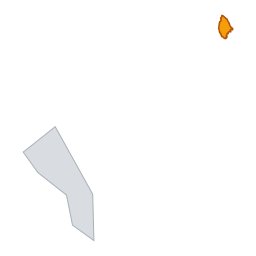 La Digue, La Digue and Inner Islands, Seychelles (highlighted)
{"feature_id": "34574756B18865708954128", "entity_name": "La Digue", "entity_type": "district", "adm_level": 2, "iso_a3": "SYC", "parent_name": "Seychelles", "parent_adm1": "La Digue and Inner Islands", "projection": "robinson", "projection_center": [55.838, -4.36], "detail": "fine", "context": "in_parent", "style": "filled", "palette": "amber", "viewbox_px": 256, "rotation_deg": 0, "n_neighbors": 0, "source": "geoboundaries", "source_scale": "gbopen_adm2", "svg_char_len": 3142}
<svg xmlns="http://www.w3.org/2000/svg" viewBox="0 0 256 256"><path d="M92.7,194.2L93.9,240.6L72.5,225.1L66.5,195.1L38.0,172.7L23.2,152.1L55.2,126.7L92.7,194.2Z" fill="#d9dde1" stroke="#a8b0b8" stroke-width="1"/><path d="M222.8,15.9L222.6,15.7L222.4,15.6L222.2,15.4L221.9,15.4L221.8,15.5L221.8,15.8L221.9,16.0L222.0,16.1L221.9,16.3L221.7,16.5L221.6,16.8L221.4,17.1L221.3,17.3L221.3,17.5L221.2,17.8L220.9,17.9L220.7,17.9L220.6,18.0L220.7,18.4L220.8,18.5L221.0,18.8L221.1,19.0L221.0,19.3L221.0,19.5L221.0,19.8L221.0,20.0L221.0,20.3L220.9,20.3L220.9,20.5L220.8,20.8L220.7,21.1L220.6,21.3L220.4,21.4L220.3,21.5L220.2,21.6L219.9,21.7L219.7,21.7L219.6,22.1L219.6,22.4L219.6,22.7L219.6,22.8L219.3,23.3L219.4,23.5L219.2,24.5L219.2,24.8L219.1,25.0L219.1,25.4L219.0,25.5L219.0,25.8L219.0,26.0L218.9,26.3L218.9,26.6L218.9,26.8L218.9,27.1L218.8,27.3L218.8,27.5L218.7,27.9L218.7,28.2L218.6,28.5L218.7,28.9L218.9,29.3L219.0,29.5L219.2,29.9L219.2,30.0L219.3,30.3L219.4,30.5L219.5,30.7L219.5,30.8L219.6,31.0L219.5,31.3L219.4,31.3L219.3,31.6L219.5,31.8L219.6,32.0L219.7,32.3L219.7,32.5L219.9,32.6L220.0,32.8L220.1,33.0L220.3,33.1L220.5,33.3L220.7,33.6L220.8,33.7L220.8,33.8L220.6,34.0L220.8,34.2L220.8,34.3L220.9,34.5L221.0,34.6L221.0,34.8L221.2,35.0L221.3,35.2L221.3,35.3L221.5,35.4L221.6,35.5L221.6,35.9L221.5,36.0L221.6,36.3L221.7,36.5L221.8,36.5L222.0,36.5L222.5,36.8L223.0,37.0L223.4,37.3L223.5,37.5L223.7,37.8L223.8,37.8L224.0,38.0L224.3,38.3L224.5,38.4L224.8,38.5L224.9,38.3L225.1,38.2L225.3,38.1L225.5,38.2L225.8,38.5L226.0,38.4L226.2,38.2L226.3,38.1L226.3,37.9L226.5,37.8L226.6,37.6L226.5,37.4L226.4,37.3L226.3,37.2L226.2,37.1L226.2,36.9L226.3,36.7L226.2,36.5L226.3,36.3L226.3,36.1L226.6,36.0L226.8,36.1L226.7,35.8L226.6,35.6L226.6,35.4L226.6,35.1L226.8,35.0L226.6,34.7L226.6,34.4L226.8,34.1L227.0,33.9L227.1,33.7L227.3,33.5L227.4,33.4L227.5,33.3L227.7,33.2L227.8,33.1L228.2,33.6L228.3,33.5L228.0,32.7L228.2,32.4L228.4,32.3L228.5,32.2L228.7,31.9L229.0,31.7L229.4,31.8L229.5,31.7L230.0,31.8L230.4,31.8L230.4,31.7L230.6,31.8L230.8,31.7L230.7,31.5L230.5,31.4L230.4,31.3L230.2,31.2L230.0,30.8L230.0,30.6L230.1,30.3L230.2,30.1L230.3,29.9L230.5,29.7L230.8,29.4L231.0,29.4L231.0,29.5L231.3,29.6L231.4,29.9L231.6,29.9L231.9,29.6L232.0,29.6L232.3,29.8L232.4,29.7L232.6,29.6L232.8,29.3L232.8,29.0L232.7,28.9L232.6,28.7L232.4,28.4L232.3,28.2L232.1,28.0L231.9,27.8L231.8,28.0L231.7,27.9L231.4,27.7L231.2,27.5L231.0,27.4L230.9,27.2L230.7,26.9L230.6,26.6L230.5,26.4L230.3,26.2L230.2,26.0L230.0,25.7L229.9,25.6L229.8,25.2L229.7,25.0L229.7,24.8L229.6,24.6L229.5,24.3L229.4,24.1L229.4,23.7L229.2,23.5L229.1,23.3L228.9,23.2L228.9,22.9L228.8,22.7L228.7,22.6L228.7,22.4L228.6,22.2L228.4,21.8L228.3,21.7L228.2,21.6L228.0,21.4L227.9,21.3L227.8,21.2L227.7,20.9L227.6,20.6L227.6,20.4L227.5,20.1L227.4,20.0L227.3,19.9L227.2,19.8L227.2,19.7L227.2,19.4L227.1,19.2L226.9,19.1L226.7,18.9L226.3,18.8L226.2,18.7L225.9,18.6L225.8,18.3L225.6,18.2L225.4,18.0L225.4,17.9L225.2,17.7L224.9,17.5L224.7,17.3L224.6,17.2L224.4,17.0L224.3,16.9L224.1,16.7L223.7,16.5L223.7,16.4L223.5,16.2L223.4,16.1L223.2,15.9L222.9,15.9L222.8,15.9Z" fill="#f59e0b" stroke="#b45309" stroke-width="1.5"/></svg>